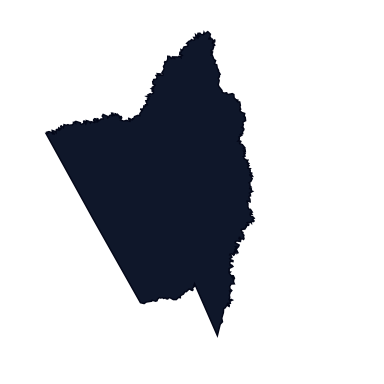 the district of Barão de Melgaço, Mato Grosso, Brazil, rotated 145°
{"feature_id": "56859067B92677344979366", "entity_name": "Barão de Melgaço", "entity_type": "district", "adm_level": 2, "iso_a3": "BRA", "parent_name": "Brazil", "parent_adm1": "Mato Grosso", "projection": "robinson", "projection_center": [-56.194, -16.698], "detail": "fine", "context": "isolated", "style": "filled", "palette": "ink", "viewbox_px": 384, "rotation_deg": 145, "n_neighbors": 0, "source": "geoboundaries", "source_scale": "gbopen_adm2", "svg_char_len": 6090}
<svg xmlns="http://www.w3.org/2000/svg" viewBox="0 0 384 384"><g transform="rotate(145 192 192)"><path d="M272.4,320.4L274.5,323.5L276.6,324.2L276.6,322.9L278.0,323.8L288.3,227.1L297.7,130.9L295.2,128.1L292.5,128.1L287.7,125.7L287.3,126.3L286.6,126.1L284.4,123.4L283.1,123.0L281.6,124.0L279.2,124.3L278.6,123.2L276.8,122.5L276.3,121.1L274.4,120.6L274.3,119.3L273.2,118.3L272.0,118.8L270.6,118.0L269.0,114.6L266.6,112.9L263.4,113.4L262.2,112.1L261.2,113.5L260.2,113.7L257.6,113.3L255.1,114.4L253.7,113.6L250.2,114.2L248.8,112.9L249.0,112.2L248.1,111.1L247.3,111.3L247.2,112.4L246.1,113.1L244.2,113.3L244.1,114.4L242.4,115.5L253.6,59.8L244.8,67.5L241.5,68.2L240.0,71.6L235.5,75.2L232.9,78.4L231.3,78.1L228.4,79.3L227.2,77.0L226.2,78.0L227.2,79.9L226.7,80.4L224.4,78.9L223.7,80.8L220.9,80.3L221.6,81.6L223.3,82.1L223.2,82.7L221.5,84.1L220.5,86.2L218.6,87.5L218.0,89.2L217.2,88.1L215.9,88.5L216.5,90.8L215.4,93.0L212.7,94.2L210.0,92.5L209.6,94.4L207.9,97.3L207.5,96.6L206.7,97.0L206.2,99.7L208.1,101.3L208.0,104.2L206.5,104.4L207.4,105.3L205.4,108.0L201.2,107.5L201.3,109.0L202.5,109.9L201.9,110.2L202.4,111.4L201.2,112.9L199.9,112.9L198.4,111.5L197.8,112.3L199.2,114.3L199.3,115.8L196.8,115.6L196.3,117.9L197.2,118.9L196.3,119.4L194.8,118.6L194.1,116.3L193.1,116.5L192.7,118.2L192.2,118.3L191.4,117.1L191.3,118.8L190.1,119.4L189.7,116.0L189.2,115.9L188.6,119.8L189.3,120.3L188.0,120.8L187.4,120.1L186.7,120.3L187.3,121.7L185.4,120.5L183.8,121.5L185.8,125.7L185.4,126.2L183.6,126.4L180.7,123.7L179.7,124.8L180.3,126.8L179.3,127.7L178.7,127.2L179.2,125.4L177.5,124.8L177.0,123.6L176.2,123.9L175.4,125.9L174.3,126.8L174.5,128.6L173.6,129.6L174.4,130.2L173.7,131.2L173.9,132.3L172.9,133.0L171.4,132.0L170.5,132.3L170.1,131.3L167.1,132.5L166.7,133.7L164.8,132.3L164.3,132.5L164.5,135.2L163.4,134.9L162.6,133.8L161.2,134.0L161.1,132.6L160.3,133.9L158.5,132.5L157.8,132.7L158.3,134.8L156.1,134.8L156.5,137.0L157.8,138.3L157.5,139.9L157.1,140.5L155.7,139.3L155.7,141.5L154.2,141.0L154.1,144.3L155.2,145.1L155.2,146.0L154.9,147.6L152.8,150.5L152.6,152.5L152.1,153.0L150.0,150.6L148.7,152.9L148.4,155.2L147.2,155.8L146.3,155.3L145.5,156.7L145.6,158.1L142.0,157.8L142.7,158.9L141.6,160.6L142.8,161.7L141.9,162.6L140.8,162.2L140.9,164.5L139.9,165.3L140.0,166.8L137.8,166.9L135.0,168.4L134.9,171.8L133.4,170.3L133.3,171.8L134.1,173.0L132.3,173.2L133.2,174.7L132.0,176.2L132.2,177.1L130.8,177.6L132.4,179.2L131.5,180.7L130.1,180.8L130.5,182.7L129.1,182.8L129.9,184.7L128.0,186.0L129.3,186.8L129.3,187.8L130.1,188.7L129.7,191.7L128.0,191.0L127.5,193.8L126.9,194.0L126.8,192.9L126.3,193.1L126.2,195.7L125.1,194.6L124.2,196.3L124.7,198.2L124.1,198.4L123.3,197.1L123.6,201.9L125.2,204.3L125.0,204.9L123.1,205.2L123.0,205.8L125.0,207.3L123.6,207.5L122.2,209.1L122.1,210.1L118.7,210.0L119.2,211.4L117.0,210.7L116.2,212.4L114.1,213.1L113.3,213.9L114.0,216.3L113.0,215.9L112.8,216.7L111.3,217.7L110.9,219.3L109.8,220.1L107.2,219.7L105.5,222.8L106.0,224.0L103.8,226.1L105.6,228.6L106.1,230.5L105.6,232.0L104.8,231.8L104.4,232.6L104.1,234.2L102.7,235.2L101.3,238.4L102.9,239.7L103.0,240.4L101.8,240.9L103.1,242.5L103.5,245.0L101.8,247.9L102.6,249.5L106.2,251.0L107.0,252.0L106.7,253.4L109.2,254.7L110.0,256.5L109.2,258.0L109.5,263.1L108.9,265.0L105.9,267.6L105.1,270.3L103.6,270.6L102.2,272.3L101.4,272.3L101.1,276.1L100.5,276.4L100.2,279.2L98.8,282.0L100.1,284.1L97.3,286.1L98.0,288.1L96.8,293.0L97.5,293.3L95.7,294.2L96.3,295.0L94.9,295.1L95.5,296.7L94.8,297.2L93.5,296.6L91.1,298.4L90.8,299.5L89.2,299.2L89.0,300.5L90.0,301.9L89.4,302.7L87.5,301.9L86.6,302.7L86.3,303.5L88.2,303.7L87.7,305.6L90.5,307.8L90.0,308.3L88.3,307.5L88.2,309.3L86.4,310.7L87.1,314.3L90.9,314.3L90.6,315.9L92.5,314.3L94.3,315.9L94.4,317.5L96.1,318.5L97.4,317.3L96.3,316.3L96.6,315.2L98.3,316.0L98.6,314.6L99.1,314.4L99.9,316.2L101.9,317.6L102.1,315.6L102.7,315.2L104.1,315.6L105.1,317.2L106.2,316.6L107.9,317.2L111.2,316.8L110.5,315.1L111.9,313.9L115.4,315.4L118.7,313.5L119.4,314.9L120.5,312.9L121.7,313.4L123.1,311.8L121.9,310.7L121.7,309.4L122.9,309.9L123.9,308.3L124.6,310.6L125.9,310.5L129.0,312.8L129.7,311.3L130.2,311.8L130.2,313.8L130.9,313.9L132.0,312.9L132.6,313.2L132.6,315.9L134.0,317.1L135.8,314.6L138.3,313.2L139.3,314.3L140.0,314.1L140.8,312.2L143.3,311.3L144.2,308.7L148.2,306.9L148.0,305.0L149.0,304.3L151.1,305.9L150.2,305.9L149.8,306.5L152.5,308.8L152.6,307.4L154.6,308.1L154.6,306.3L156.3,304.8L158.9,306.1L159.6,305.2L160.8,305.1L162.0,302.8L160.9,301.0L161.3,300.4L164.1,300.5L163.4,299.6L164.1,299.0L166.0,299.8L165.1,297.4L165.6,296.9L166.3,297.9L166.8,297.7L166.3,295.6L167.1,294.9L169.3,295.5L169.9,296.5L172.2,296.8L171.8,295.1L174.4,296.4L173.5,294.6L173.6,293.1L175.0,293.8L175.7,292.4L177.5,293.2L178.5,289.1L180.1,290.2L181.0,289.0L182.0,290.1L183.8,288.3L185.3,288.3L186.3,289.3L186.7,288.9L186.0,287.3L189.6,286.2L190.9,284.5L192.3,285.8L195.8,286.7L198.1,285.4L198.7,286.1L199.7,285.5L201.5,288.6L202.1,288.1L201.7,285.9L202.3,285.4L204.8,288.4L207.2,289.1L209.3,292.0L207.0,293.1L206.7,294.4L207.1,294.7L208.2,293.8L208.8,294.3L208.0,295.6L208.5,298.4L209.6,298.0L209.6,299.8L210.1,300.3L211.5,299.0L212.3,299.6L211.6,301.9L212.6,302.7L213.7,300.3L214.7,301.7L215.8,301.9L217.1,301.0L218.6,301.1L217.8,302.3L220.3,306.5L222.0,305.7L222.0,303.9L223.0,302.7L224.6,304.0L229.2,303.6L229.7,304.0L227.5,305.0L227.1,305.6L227.6,306.4L229.0,305.6L229.0,307.2L229.7,307.9L231.0,307.7L231.6,306.9L231.0,305.2L231.9,304.7L234.5,307.6L235.7,306.8L235.9,309.0L237.6,311.1L238.6,309.2L239.9,308.6L239.2,311.2L239.7,312.1L240.2,312.1L241.0,310.4L243.7,310.6L244.2,311.3L243.7,312.6L246.6,316.4L247.4,316.7L248.0,315.1L249.2,317.0L250.1,315.9L251.5,315.6L254.4,317.2L255.0,318.3L256.7,318.8L258.2,320.6L260.4,318.4L261.1,321.1L261.8,321.2L262.9,318.9L263.6,318.8L264.3,321.0L264.9,320.6L265.0,318.7L265.6,318.6L266.7,320.7L267.3,320.9L269.4,318.6L269.5,320.3L271.2,322.6L272.4,320.4ZM272.4,320.4L271.3,319.2L271.6,318.6L272.7,319.4L272.4,320.4ZM207.9,97.3L208.1,97.8L208.1,99.4L207.4,99.1L207.9,97.3ZM98.3,316.0L98.6,317.8L98.8,318.7L99.7,316.9L98.3,316.0Z" fill="#0f172a" stroke="#020617" stroke-width="1.5"/></g></svg>